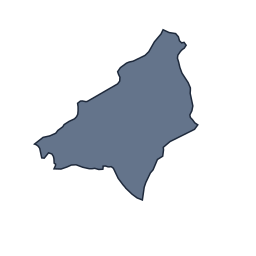 outline of Diyarbakir, rotated 332°
{"feature_id": "TUR-2309", "entity_name": "Diyarbakir", "entity_type": "Province", "adm_level": 1, "iso_a3": "TUR", "parent_name": "Turkey", "parent_adm1": "", "projection": "equal_earth", "projection_center": [40.236, 38.057], "detail": "fine", "context": "isolated", "style": "filled", "palette": "slate", "viewbox_px": 256, "rotation_deg": 332, "n_neighbors": 0, "source": "natural_earth", "source_scale": "10m", "svg_char_len": 1357}
<svg xmlns="http://www.w3.org/2000/svg" viewBox="0 0 256 256"><g transform="rotate(332 128 128)"><path d="M205.1,57.7L209.1,63.0L214.4,67.0L215.3,71.1L214.4,75.2L215.3,78.0L217.7,78.7L218.2,82.2L215.2,83.9L212.8,84.2L210.3,85.0L206.2,87.1L204.4,89.6L203.7,93.3L202.2,99.0L201.4,104.9L202.4,116.2L201.9,121.9L200.6,124.3L199.2,126.5L195.6,139.0L192.5,142.8L188.7,145.5L188.0,148.0L188.8,150.9L189.4,154.8L191.1,158.0L186.1,160.4L158.8,159.7L150.1,161.6L149.1,164.0L145.4,169.2L139.2,169.6L130.5,176.7L126.6,178.2L118.1,184.5L114.5,187.9L106.9,198.3L103.2,194.0L100.6,188.6L97.8,180.2L97.6,178.7L96.9,175.7L95.7,167.9L96.2,156.7L95.0,154.2L93.6,153.7L92.2,153.0L90.3,151.0L88.1,150.0L87.3,151.4L86.4,152.6L82.7,150.9L79.7,148.0L77.2,147.1L74.7,145.8L69.6,141.4L64.9,136.1L60.6,134.1L56.0,133.8L49.6,132.8L43.5,129.3L46.3,127.2L47.1,125.9L46.3,124.4L48.2,120.3L48.8,118.0L48.6,115.2L46.2,112.6L39.9,115.3L37.8,113.9L40.5,104.5L40.2,102.0L39.2,99.8L37.9,98.3L48.6,96.4L55.1,98.2L61.7,98.7L65.0,97.2L71.0,96.3L73.2,95.0L79.1,94.5L85.1,94.8L87.8,93.9L90.1,92.3L92.1,89.2L93.9,85.8L95.1,82.5L98.6,81.9L100.4,82.7L103.1,84.9L104.3,85.4L130.5,84.5L139.5,84.2L142.7,82.7L144.7,79.4L144.8,76.3L145.3,73.4L149.7,71.1L157.2,70.0L160.0,70.3L163.9,71.4L177.1,71.9L182.2,70.4L191.8,64.3L201.3,60.5L205.1,57.7Z" fill="#64748b" stroke="#1e293b" stroke-width="1.5"/></g></svg>